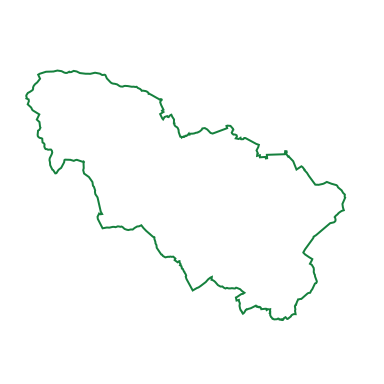 Ceica, Bihor, Romania (orthographic projection), rotated 262°
{"feature_id": "2599482B26005184493765", "entity_name": "Ceica", "entity_type": "district", "adm_level": 2, "iso_a3": "ROU", "parent_name": "Romania", "parent_adm1": "Bihor", "projection": "orthographic", "projection_center": [22.182, 46.874], "detail": "fine", "context": "isolated", "style": "outline", "palette": "green", "viewbox_px": 384, "rotation_deg": 262, "n_neighbors": 0, "source": "geoboundaries", "source_scale": "gbopen_adm2", "svg_char_len": 5912}
<svg xmlns="http://www.w3.org/2000/svg" viewBox="0 0 384 384"><g transform="rotate(262 192 192)"><path d="M219.5,290.0L216.5,289.1L218.4,271.3L215.0,271.1L215.0,269.8L216.5,269.7L216.9,264.1L219.0,264.3L218.7,261.5L220.7,262.0L221.1,262.6L224.2,261.7L227.3,263.9L229.4,264.8L230.7,262.3L238.0,252.4L238.2,251.2L237.3,250.3L237.2,249.9L237.4,248.0L237.7,247.7L238.9,247.6L238.0,245.6L239.0,242.8L240.7,244.2L241.9,244.1L242.7,243.1L243.1,241.7L243.1,241.0L244.5,239.8L245.3,239.6L246.7,240.7L247.4,240.8L247.9,241.6L248.9,241.4L252.1,239.3L252.8,236.3L252.6,235.3L250.3,235.7L247.0,220.6L247.9,218.6L251.8,215.8L253.5,213.6L253.5,211.1L252.2,210.2L250.8,207.9L250.4,206.3L250.1,205.9L250.1,204.0L249.7,202.4L249.7,200.6L250.0,198.0L249.2,197.6L249.5,197.1L249.4,196.7L250.0,196.7L248.7,195.3L248.6,193.6L248.2,193.6L248.1,192.0L247.8,191.6L248.1,191.2L247.9,190.8L247.7,190.9L247.8,190.0L247.4,189.4L248.1,189.2L248.5,188.4L248.3,188.3L248.4,188.1L253.0,187.2L255.5,187.3L257.5,186.7L258.5,185.9L259.4,184.7L261.0,183.9L262.3,184.2L262.5,183.6L266.3,184.3L269.3,182.9L271.4,182.3L271.3,181.8L270.5,180.3L269.4,179.3L269.6,178.6L270.6,178.0L270.1,175.3L267.9,173.5L269.0,172.8L273.6,171.3L275.2,174.8L276.0,173.9L276.7,173.6L277.4,175.2L282.6,173.5L285.4,173.0L286.3,173.5L287.5,174.9L287.9,174.8L288.3,174.1L287.9,173.6L287.9,173.2L288.1,173.1L288.2,172.5L288.7,172.2L289.4,171.1L293.8,165.4L295.4,163.1L295.3,162.7L296.4,162.6L297.8,161.2L298.4,160.1L299.2,157.5L299.2,156.3L300.0,156.0L301.3,154.9L302.6,152.8L303.9,151.8L303.9,150.4L304.4,149.0L304.6,147.0L305.8,143.3L306.4,140.5L306.4,139.7L306.0,138.0L306.4,136.1L307.0,135.0L309.0,132.8L309.9,130.6L310.3,129.0L310.8,127.9L311.7,126.8L316.3,123.5L319.8,122.5L320.3,121.8L320.3,119.9L320.5,119.1L322.0,117.3L323.6,112.6L323.2,107.9L323.9,103.2L325.4,97.5L327.4,94.6L328.4,91.7L327.6,89.2L327.7,87.4L328.2,87.1L327.4,85.1L327.4,83.8L328.0,82.2L329.8,79.7L331.0,75.6L330.6,71.5L331.4,64.2L330.3,57.7L329.6,56.0L325.3,57.3L322.0,53.9L320.7,51.7L319.2,50.1L317.7,49.2L316.2,49.0L315.1,48.3L313.8,45.6L312.9,43.2L311.2,41.7L310.2,41.2L308.5,41.5L307.7,41.0L306.4,43.1L304.6,43.1L301.7,41.5L298.0,44.5L295.7,45.2L294.9,45.8L290.1,51.6L285.3,48.4L282.5,50.7L277.7,50.6L276.8,50.9L274.8,49.5L274.2,48.1L270.1,47.1L268.8,47.1L267.7,47.7L266.8,48.7L266.2,50.4L265.7,51.1L261.9,50.9L260.6,52.3L259.6,52.6L257.7,52.1L256.3,52.3L254.9,53.0L254.6,54.3L253.9,55.3L253.8,57.6L253.6,58.3L252.3,59.0L250.5,59.1L248.7,58.2L245.2,55.8L243.4,55.3L241.3,55.5L238.3,55.3L233.6,56.8L233.0,57.6L229.5,59.2L229.4,59.7L229.6,60.4L232.3,62.7L233.2,64.0L234.1,65.8L239.2,69.5L241.3,70.1L241.7,70.8L240.8,76.0L239.3,79.3L239.8,81.0L239.9,82.4L237.2,87.8L237.4,88.8L236.7,89.2L235.6,88.6L230.7,88.1L228.8,87.3L225.3,87.7L221.2,92.0L215.7,94.8L212.0,94.8L210.8,95.6L207.0,96.3L205.7,95.9L203.3,96.0L199.8,97.7L185.3,98.9L182.7,99.9L182.7,98.3L183.0,98.0L183.0,97.1L183.4,96.9L180.6,95.0L178.4,95.0L168.5,98.4L168.7,102.7L168.2,105.3L168.5,108.7L168.3,110.0L167.8,111.5L168.3,113.7L168.1,114.6L167.5,116.3L167.6,117.4L166.9,118.4L164.8,120.1L163.8,122.0L163.2,123.6L163.4,126.1L163.1,128.1L164.4,130.2L165.5,132.9L165.4,134.8L166.1,137.2L163.1,138.9L159.8,141.3L153.7,146.6L152.8,147.5L152.6,148.3L152.3,148.5L150.9,148.2L147.7,148.8L146.1,148.7L144.4,149.4L141.7,149.3L134.5,152.8L134.2,153.1L134.1,153.6L132.6,154.4L131.0,156.5L131.2,159.3L130.9,160.6L131.1,161.2L131.0,161.8L130.6,162.9L130.6,164.4L128.4,166.3L127.0,165.3L124.4,168.0L125.3,169.6L125.3,170.0L123.6,170.0L122.1,170.7L121.2,169.9L120.2,171.1L119.3,171.2L119.0,171.4L117.6,171.3L117.1,172.2L114.2,173.0L114.1,173.3L112.6,173.7L111.4,174.3L109.8,174.6L109.1,174.0L106.7,174.4L94.4,179.0L96.2,183.4L96.6,185.2L97.8,187.6L100.9,193.1L103.3,195.9L104.7,198.4L105.1,199.8L102.3,199.1L102.0,200.0L101.0,201.3L99.8,202.4L96.2,204.7L94.5,206.9L94.3,207.4L94.2,209.0L92.8,210.2L91.8,211.7L92.2,213.2L91.5,214.7L91.2,216.4L91.2,218.2L90.6,220.3L90.5,221.3L91.1,222.3L90.9,222.9L89.0,226.2L87.2,227.5L84.9,229.9L84.1,228.3L84.0,226.6L83.6,225.7L81.8,222.1L81.4,220.8L78.3,221.0L78.6,223.4L77.6,223.3L75.1,223.9L72.6,223.2L69.6,223.4L68.0,223.8L67.8,224.2L66.9,224.4L66.5,224.8L65.8,224.8L64.4,225.5L65.2,226.8L67.8,228.9L68.3,229.9L68.0,230.1L68.1,230.5L68.4,231.5L68.7,234.0L70.6,239.5L70.1,239.9L69.8,239.9L69.7,240.4L69.3,240.3L68.7,241.8L69.0,241.8L69.0,242.4L68.4,243.6L67.8,244.0L66.3,244.3L66.2,247.8L66.1,249.0L65.8,249.7L65.4,249.7L65.2,249.4L64.7,249.5L65.3,250.9L65.2,251.8L64.9,252.3L65.0,253.1L62.7,252.6L62.6,252.8L61.4,252.6L61.1,252.1L60.4,252.5L59.1,252.3L57.2,252.9L56.9,253.3L55.2,254.1L55.2,254.7L54.4,255.6L54.2,258.4L54.6,259.2L54.6,260.0L54.3,260.1L54.0,260.8L53.5,260.9L53.5,261.9L53.3,261.7L53.0,262.5L53.3,263.4L52.7,263.5L52.6,263.9L52.8,264.5L54.4,265.7L55.0,267.2L53.1,268.5L53.0,269.1L55.0,272.6L55.8,273.1L56.3,273.8L56.8,275.2L56.9,275.9L56.6,277.6L60.0,277.5L61.3,278.0L64.6,278.0L66.0,279.0L65.8,279.3L68.3,280.5L70.9,282.2L70.8,282.5L71.0,284.6L70.9,285.4L75.5,292.4L75.8,293.4L75.8,295.0L77.6,296.2L79.0,297.6L84.2,301.0L84.5,301.7L84.5,302.3L85.5,303.0L86.2,303.2L91.2,302.1L93.1,302.1L93.5,301.8L95.8,301.4L98.2,301.9L99.9,301.9L103.2,300.5L104.5,298.8L107.7,301.2L108.8,301.8L110.8,299.3L114.4,295.3L116.5,293.8L116.9,294.0L119.5,296.0L128.8,305.0L130.0,306.0L130.8,306.2L131.9,308.7L141.9,324.5L142.2,328.2L142.5,328.9L143.3,329.9L144.4,330.3L146.4,330.2L147.3,329.8L148.5,331.1L149.8,333.3L150.2,333.5L151.2,335.0L152.4,337.5L152.8,339.8L155.8,339.3L159.2,339.3L165.1,342.9L165.5,342.6L166.6,342.6L168.2,343.0L170.1,341.5L172.8,340.4L176.2,337.3L177.9,336.7L178.7,336.0L180.7,331.4L183.2,326.9L182.0,323.7L181.8,322.6L181.5,318.5L182.1,315.1L191.8,309.9L195.0,308.5L197.7,306.6L198.2,306.3L198.4,306.6L201.3,304.9L202.2,303.9L199.7,298.6L208.4,296.5L213.0,293.2L213.8,292.8L213.5,292.2L216.9,290.5L218.2,291.4L219.2,291.3L219.5,290.0Z" fill="none" stroke="#15803d" stroke-width="2"/></g></svg>